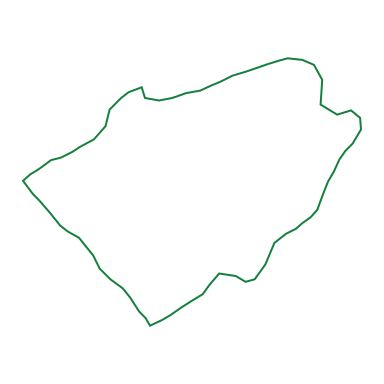 Patanissos, Cyprus (Albers equal-area conic projection)
{"feature_id": "46923920B57147511667034", "entity_name": "Patanissos", "entity_type": "district", "adm_level": 2, "iso_a3": "CYP", "parent_name": "Cyprus", "parent_adm1": "", "projection": "albers", "projection_center": [34.094, 35.479], "detail": "fine", "context": "isolated", "style": "outline", "palette": "green", "viewbox_px": 384, "rotation_deg": 0, "n_neighbors": 0, "source": "geoboundaries", "source_scale": "gbopen_adm2", "svg_char_len": 969}
<svg xmlns="http://www.w3.org/2000/svg" viewBox="0 0 384 384"><path d="M150.0,325.7L162.3,319.9L170.6,315.0L181.3,307.5L181.8,307.2L190.4,301.7L202.7,294.2L209.3,285.1L219.2,273.5L235.7,276.0L245.6,281.8L254.7,279.3L265.4,264.4L274.4,242.9L286.0,233.8L295.9,228.8L302.5,223.0L310.7,217.2L317.3,209.8L323.1,194.0L328.0,181.6L333.8,171.7L339.5,159.3L345.3,151.0L352.7,143.5L361.0,129.5L360.1,117.9L351.1,110.4L337.1,114.6L320.6,104.6L322.2,79.8L314.0,64.9L302.4,59.9L287.6,58.3L278.5,60.8L267.8,64.1L246.4,71.5L232.4,75.7L220.9,81.5L211.0,85.6L200.3,90.6L186.2,93.1L172.2,98.0L159.0,100.5L145.0,98.0L141.7,87.3L128.6,92.2L121.1,98.0L109.6,109.6L105.5,126.2L93.9,139.4L79.9,146.9L72.5,151.8L61.0,157.6L51.1,160.1L38.7,169.2L30.5,174.2L23.0,180.8L32.9,194.0L39.5,200.7L50.2,213.1L60.1,225.5L67.5,231.3L79.1,237.9L85.7,246.2L93.1,255.3L99.7,268.6L110.4,279.3L122.8,288.4L130.2,297.6L139.2,311.6L145.8,318.3L150.0,325.7Z" fill="none" stroke="#15803d" stroke-width="2"/></svg>